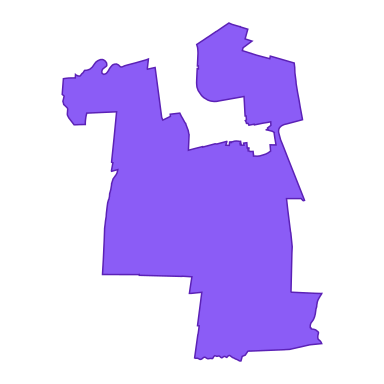 Surdila-Greci, Braila, Romania (orthographic projection)
{"feature_id": "2599482B86930693548610", "entity_name": "Surdila-Greci", "entity_type": "district", "adm_level": 2, "iso_a3": "ROU", "parent_name": "Romania", "parent_adm1": "Braila", "projection": "orthographic", "projection_center": [27.256, 45.061], "detail": "fine", "context": "isolated", "style": "filled", "palette": "violet", "viewbox_px": 384, "rotation_deg": 0, "n_neighbors": 0, "source": "geoboundaries", "source_scale": "gbopen_adm2", "svg_char_len": 5822}
<svg xmlns="http://www.w3.org/2000/svg" viewBox="0 0 384 384"><path d="M321.7,343.6L321.2,342.4L320.4,341.2L319.6,340.4L318.2,339.3L317.8,337.9L317.8,335.9L318.5,332.8L318.3,332.1L317.9,331.7L315.7,329.9L314.8,329.6L314.2,329.4L313.2,329.2L312.0,329.1L311.2,328.8L311.1,328.0L310.3,327.7L310.2,327.0L310.3,325.1L310.6,324.0L310.9,323.1L313.3,319.8L313.9,318.5L314.6,316.7L315.3,313.9L316.0,308.8L316.5,307.4L316.7,306.4L316.8,304.6L317.0,304.0L317.2,302.4L317.6,301.0L318.1,299.8L318.6,298.8L320.1,296.2L321.8,293.6L321.8,293.4L321.4,293.5L314.9,293.3L306.0,292.9L291.4,292.2L291.0,291.8L291.4,274.8L291.4,274.7L291.9,253.1L292.2,246.8L290.8,232.9L290.5,231.7L287.7,209.3L286.5,198.6L299.8,198.6L301.0,198.5L301.9,199.4L302.7,200.3L303.1,200.6L303.4,200.7L303.7,200.6L304.5,200.4L304.3,199.7L299.8,188.3L288.8,160.5L284.0,148.2L282.1,143.4L280.6,139.8L279.1,134.2L278.7,132.6L278.6,131.8L278.6,131.1L278.7,130.2L278.7,129.7L279.3,128.1L280.0,127.2L280.5,126.7L281.5,125.8L282.1,125.5L283.0,125.1L283.4,124.8L284.0,124.6L284.7,124.4L285.3,124.2L286.4,124.0L297.3,121.1L302.5,119.7L302.4,118.9L300.2,107.1L299.1,100.4L297.6,92.5L296.3,84.6L296.1,83.3L296.0,81.3L295.9,80.5L294.9,72.8L294.7,67.0L294.6,66.6L294.2,63.0L274.5,57.3L270.3,56.1L269.8,58.7L256.7,55.2L242.3,50.6L243.1,47.7L252.0,41.1L245.1,38.9L247.8,29.2L240.3,26.9L240.3,26.6L239.9,26.5L239.5,26.6L239.3,26.5L232.1,24.4L228.9,23.0L223.1,26.9L217.0,31.1L216.2,31.5L215.6,31.8L215.3,32.1L212.6,33.9L208.8,36.5L206.9,37.7L205.0,39.0L203.1,40.3L201.2,41.5L197.5,44.0L196.7,44.5L197.5,47.2L197.7,48.5L197.9,50.8L198.0,53.1L197.9,55.4L197.4,65.9L198.3,65.9L198.4,68.9L197.2,68.7L196.7,79.7L196.6,82.9L196.7,84.4L196.9,86.5L197.0,87.2L198.2,90.6L201.6,95.6L203.7,97.6L207.9,100.1L209.6,100.7L211.0,101.1L214.1,101.5L216.7,101.4L219.2,100.9L244.0,96.5L244.1,96.9L244.1,97.9L244.4,103.0L244.6,107.0L245.1,116.0L246.1,116.0L246.4,119.7L246.1,120.1L245.3,120.6L245.9,121.6L246.2,122.3L246.3,123.0L246.5,123.4L247.8,123.3L248.3,123.9L248.9,125.2L254.2,124.2L254.4,124.9L263.3,123.1L267.8,122.4L270.7,121.8L270.9,124.9L270.9,125.3L270.6,125.6L267.6,127.9L268.0,129.2L265.7,129.8L267.8,130.1L272.4,131.3L274.3,132.5L274.1,132.9L274.8,137.8L276.0,144.9L273.5,144.9L270.1,144.8L270.6,151.1L268.2,152.8L265.9,154.0L264.1,154.6L263.5,154.8L259.9,155.9L257.1,156.2L255.7,156.1L253.5,156.1L253.5,154.5L253.4,154.5L253.1,151.4L250.0,151.5L249.6,151.0L248.3,150.9L248.2,150.9L248.0,149.1L248.1,148.9L249.0,148.9L248.9,147.9L247.2,148.0L246.8,142.7L243.6,143.1L244.0,145.2L241.3,145.2L241.3,144.6L240.3,144.8L240.0,143.3L240.9,143.2L240.6,141.3L239.3,141.4L238.6,141.2L236.3,141.0L234.1,141.2L233.2,141.6L231.4,141.9L231.2,141.9L231.3,142.5L230.7,142.5L230.6,142.0L230.5,141.9L229.6,142.0L229.3,145.4L225.8,145.2L226.9,141.6L226.8,141.4L225.9,141.6L216.9,144.0L215.1,143.8L202.7,147.1L202.6,146.6L195.0,148.5L189.4,150.0L188.4,150.3L189.1,134.5L188.9,134.1L188.7,133.2L188.2,130.4L187.7,129.2L185.9,124.4L185.8,123.8L185.6,123.3L185.0,122.8L182.4,118.0L182.3,117.9L181.3,116.2L179.9,113.3L179.8,113.1L170.2,114.2L170.4,116.4L162.8,120.1L161.7,117.4L160.2,106.2L159.5,100.7L156.3,76.5L155.1,67.5L154.6,67.6L150.1,68.6L147.4,69.2L147.3,68.8L148.3,60.0L148.4,59.0L146.0,59.9L137.5,62.3L135.8,62.8L128.1,64.8L124.6,65.8L122.4,66.8L121.3,67.0L120.4,66.8L120.1,66.5L118.4,64.9L116.5,64.0L114.4,64.2L113.0,64.7L112.1,65.4L110.8,66.9L109.7,68.3L108.5,70.5L107.5,72.0L106.3,73.4L105.3,73.9L103.7,74.4L102.0,73.2L101.8,71.4L102.0,70.5L102.6,69.2L104.5,67.6L106.0,66.5L106.7,65.8L106.8,65.0L106.6,63.0L105.3,61.1L103.6,59.9L102.3,59.5L100.4,59.6L98.0,60.6L96.1,61.9L94.8,63.5L93.9,64.8L92.3,67.1L89.9,69.2L87.1,70.2L84.6,70.4L83.9,71.4L83.4,72.3L83.0,72.8L82.1,73.5L81.4,74.3L80.7,75.3L80.0,76.0L79.8,76.1L79.4,76.1L78.9,76.0L78.0,75.9L76.9,75.4L76.0,75.0L75.7,74.8L75.5,74.6L75.3,77.9L68.9,78.0L65.3,78.4L63.4,78.7L62.2,94.4L62.6,94.7L63.9,95.9L64.1,96.1L64.1,96.5L63.9,97.1L62.9,101.3L63.6,103.8L63.7,104.5L64.6,105.3L67.2,107.8L67.6,108.6L67.7,109.1L67.3,114.2L67.5,115.3L68.8,117.9L74.1,124.8L75.2,124.8L79.7,124.6L85.3,124.5L85.3,122.6L85.4,120.9L85.6,119.2L85.8,117.5L85.9,116.9L86.1,115.9L86.3,115.0L86.5,114.2L86.8,113.1L87.1,113.1L116.6,111.8L114.1,137.6L111.6,161.8L111.6,162.0L111.6,162.3L112.9,162.7L112.1,167.1L111.4,170.9L111.6,171.3L117.8,169.6L117.7,170.2L117.5,171.0L117.0,173.1L116.7,173.6L116.2,174.6L113.3,178.6L113.1,178.9L111.5,184.0L111.6,184.6L110.8,189.5L110.0,192.5L109.7,193.3L109.6,194.2L109.5,195.8L109.5,196.4L109.3,197.1L109.2,198.0L108.8,199.5L108.6,199.6L107.7,202.7L107.1,207.1L106.4,213.1L106.3,214.3L106.2,216.5L105.5,220.8L105.2,223.7L104.6,228.4L104.6,228.9L104.2,240.7L103.3,260.3L102.5,274.2L102.5,274.5L135.9,274.6L138.7,274.6L139.2,274.4L139.3,274.6L139.3,275.3L182.0,276.4L182.1,276.2L191.9,276.8L190.6,285.1L189.4,293.4L191.0,293.4L201.8,292.3L200.2,304.9L197.5,325.7L199.2,325.9L198.2,333.4L198.2,333.5L197.8,334.9L194.7,357.3L194.6,357.9L195.0,358.1L195.8,358.3L197.1,358.2L198.0,358.4L200.0,359.4L200.5,359.4L201.0,359.3L201.9,358.9L203.3,357.7L204.0,357.3L204.8,357.2L205.2,357.3L206.0,357.8L207.1,358.5L208.0,358.8L209.1,358.6L210.0,358.5L210.6,358.4L210.8,358.4L211.3,358.5L211.9,358.6L212.3,358.6L212.6,358.5L213.0,357.9L213.7,356.7L214.7,355.7L215.7,355.9L216.6,356.3L217.2,356.3L218.1,356.1L218.4,356.0L218.9,356.0L219.4,356.1L220.1,356.6L220.5,357.1L221.2,357.6L221.9,357.8L223.0,357.1L223.3,356.8L223.9,356.5L224.8,356.4L225.3,356.6L226.4,357.3L226.8,357.4L228.2,355.9L228.7,355.7L229.1,355.5L229.6,355.5L230.1,355.7L232.5,357.5L233.8,358.0L234.5,358.4L235.0,358.7L235.8,359.1L236.8,359.4L238.3,360.2L239.3,360.8L240.1,361.0L241.0,360.9L242.2,356.4L245.3,355.1L247.8,351.3L249.4,350.9L249.6,351.1L252.2,351.0L284.5,349.7L285.4,349.6L289.6,349.4L304.6,346.0L309.8,344.8L321.7,343.6Z" fill="#8b5cf6" stroke="#5b21b6" stroke-width="1.5"/></svg>